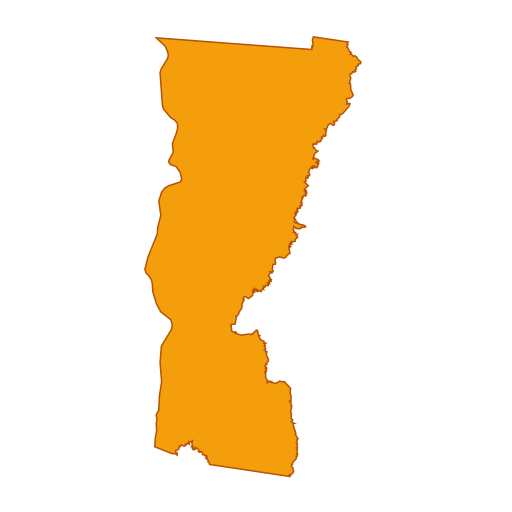 San Javier, Santa Fe, Argentina (Natural Earth projection), rotated 178°
{"feature_id": "61730980B70528593712709", "entity_name": "San Javier", "entity_type": "district", "adm_level": 2, "iso_a3": "ARG", "parent_name": "Argentina", "parent_adm1": "Santa Fe", "projection": "natural_earth1", "projection_center": [-60.274, -30.036], "detail": "fine", "context": "isolated", "style": "filled", "palette": "amber", "viewbox_px": 512, "rotation_deg": 178, "n_neighbors": 0, "source": "geoboundaries", "source_scale": "gbopen_adm2", "svg_char_len": 6075}
<svg xmlns="http://www.w3.org/2000/svg" viewBox="0 0 512 512"><g transform="rotate(178 256 256)"><path d="M230.2,34.5L230.4,35.0L229.3,35.3L230.3,36.1L227.0,37.4L225.9,39.7L226.7,43.3L227.9,44.8L227.7,46.1L226.6,46.7L226.8,48.1L222.9,52.0L222.8,53.8L221.7,54.6L221.5,55.6L222.2,56.2L221.4,56.7L221.9,57.3L221.4,61.5L222.2,62.3L221.6,62.3L221.2,64.4L222.2,66.7L221.3,67.0L222.1,67.8L221.3,69.5L221.5,71.3L220.3,71.9L223.0,76.4L222.4,76.9L223.4,81.4L224.5,82.6L224.1,83.3L224.9,87.5L223.7,87.5L226.5,89.1L225.0,90.8L226.5,92.5L226.1,97.2L226.9,99.1L225.6,103.9L225.8,105.2L226.6,104.8L225.7,105.7L226.3,108.2L227.3,108.7L226.3,109.4L227.0,109.9L226.1,110.0L225.8,113.6L226.7,119.4L225.9,122.3L232.3,129.7L232.9,129.1L236.7,130.1L240.2,128.1L244.4,128.8L244.5,130.0L246.1,129.4L246.4,130.5L247.8,130.2L247.7,129.4L248.2,130.3L249.1,129.0L249.2,131.6L250.7,135.1L250.3,138.0L251.0,138.8L250.0,140.0L250.9,140.1L249.6,141.3L250.3,142.6L249.3,143.0L249.9,144.0L250.3,143.5L250.4,143.8L249.5,144.3L250.8,145.3L250.4,146.6L249.0,147.2L249.7,148.1L247.5,150.2L247.1,152.3L249.1,156.6L248.5,160.0L249.9,160.0L249.9,161.9L250.6,161.9L249.5,162.7L250.3,163.7L249.9,165.4L250.8,165.6L250.1,166.5L250.4,167.9L249.5,168.4L251.1,168.6L250.5,169.3L251.0,170.4L254.6,172.3L255.6,175.6L255.0,176.3L256.3,176.6L257.1,181.6L258.3,181.9L258.1,181.1L260.1,180.5L261.5,178.3L262.5,178.8L263.3,177.5L265.7,178.3L273.5,177.4L279.4,179.4L278.5,180.4L278.9,181.0L280.6,180.6L282.8,181.7L283.4,188.4L279.3,188.7L277.9,194.4L278.2,196.6L277.0,196.7L275.1,199.0L275.2,200.2L272.3,204.1L271.6,206.9L272.0,208.1L269.3,212.7L270.5,213.6L269.2,215.6L268.1,215.9L265.1,213.7L260.8,216.6L260.8,218.3L259.5,219.6L260.3,220.5L258.7,220.1L259.1,221.4L260.2,221.3L259.8,222.6L259.6,222.0L258.4,222.8L257.7,221.9L257.5,222.7L257.1,221.7L256.7,222.7L255.6,222.0L255.8,221.0L254.7,221.3L254.9,222.0L254.5,221.2L254.7,220.8L253.6,221.3L252.1,220.2L250.7,222.8L249.5,222.3L250.0,223.9L248.5,224.5L249.2,225.4L247.9,225.2L247.4,226.4L244.9,225.8L244.5,226.7L245.4,228.5L243.4,227.9L244.1,229.8L242.2,230.0L243.6,231.2L242.9,231.8L241.8,231.1L241.4,232.0L242.9,233.1L243.1,234.8L244.3,235.8L242.5,238.9L241.5,238.6L242.4,239.9L240.0,239.3L239.3,240.0L240.2,242.3L239.4,246.8L240.2,247.0L236.9,247.1L236.6,249.1L237.3,250.2L236.6,253.1L232.5,254.3L228.2,252.9L225.6,254.1L225.3,255.5L221.9,257.6L223.0,263.0L221.9,263.5L222.6,264.3L221.3,264.4L222.4,265.3L220.8,266.3L221.7,266.8L220.9,267.3L222.3,267.2L220.9,267.7L220.0,267.2L220.6,268.5L219.7,269.4L219.2,268.7L216.2,269.4L216.6,270.4L215.8,271.6L213.7,273.2L214.8,274.2L213.7,276.2L215.7,276.1L215.5,278.1L217.8,278.4L217.0,279.9L217.8,281.1L217.1,284.3L214.8,281.9L213.9,282.4L212.0,281.5L210.0,282.2L209.8,283.3L206.0,283.0L205.4,283.9L207.0,285.1L212.1,286.4L214.1,288.7L214.3,287.6L216.6,288.4L215.2,290.7L216.6,291.6L215.9,292.2L216.6,293.3L214.4,295.9L215.3,296.6L214.3,297.2L215.0,297.6L213.4,298.3L214.1,298.9L212.6,299.2L213.5,300.9L212.3,301.5L212.9,302.1L210.5,302.5L211.0,303.4L210.1,302.7L210.2,304.0L209.4,303.1L210.0,304.2L209.2,304.7L209.8,305.3L208.7,304.7L208.0,305.6L209.0,307.0L208.2,307.6L209.1,308.0L207.5,311.9L208.0,312.5L207.2,312.7L207.7,313.4L205.6,314.9L204.5,314.2L203.8,314.9L204.5,315.4L203.2,316.6L203.2,317.9L204.3,317.5L203.9,318.6L204.8,318.2L203.6,318.8L203.8,319.9L204.9,319.0L205.6,320.2L203.9,322.5L201.2,324.4L205.1,328.4L203.4,329.0L203.5,332.9L201.7,331.9L201.1,333.1L201.8,334.4L199.7,334.5L199.5,336.1L200.8,337.7L199.9,338.7L199.7,340.5L198.4,342.0L195.9,341.4L195.6,342.2L197.1,343.2L196.2,344.1L194.3,344.0L194.9,342.7L192.2,342.0L191.0,343.5L191.5,344.5L190.0,346.1L190.4,347.3L192.7,347.0L192.2,348.1L191.6,348.4L191.3,347.6L190.6,349.0L189.7,348.9L190.6,350.2L194.4,351.9L195.8,349.9L195.3,350.7L195.8,351.3L193.7,356.3L190.5,358.7L192.0,359.1L194.0,362.2L194.8,362.1L195.3,364.8L194.7,366.2L193.9,365.5L192.2,366.3L192.7,366.9L191.7,366.3L191.7,365.7L191.2,366.0L190.9,368.1L190.2,368.5L189.6,367.8L187.4,368.3L187.6,369.0L185.9,370.7L186.3,372.3L185.4,372.0L184.1,374.3L183.2,373.2L182.0,374.0L182.1,377.9L181.2,378.5L182.7,380.5L181.3,380.0L179.2,384.6L176.9,386.0L174.5,383.9L173.5,384.1L172.7,386.1L174.0,387.7L170.2,388.4L170.2,389.6L167.7,392.1L167.3,394.5L166.3,394.3L164.0,395.7L158.1,402.0L156.7,404.8L157.5,405.4L160.0,404.6L159.4,407.2L160.3,409.1L159.7,410.4L157.2,410.1L154.0,412.0L153.2,413.6L155.4,418.8L155.6,424.9L156.7,425.5L155.0,430.6L156.2,433.1L155.3,434.7L154.0,434.7L153.2,436.7L151.0,436.3L150.8,437.4L150.0,437.4L150.6,438.3L149.1,439.4L149.6,441.5L147.0,442.8L147.3,444.1L144.8,444.6L144.5,446.5L146.9,448.4L148.8,451.7L150.4,452.7L151.7,452.1L153.8,454.5L154.7,454.3L153.8,456.2L155.5,457.2L156.9,460.9L158.0,461.9L156.8,463.7L157.6,464.4L156.4,466.6L191.0,473.0L192.1,469.8L191.5,465.0L192.8,464.1L192.0,463.2L193.0,462.6L193.0,460.4L348.1,477.5L339.4,468.8L337.2,463.3L336.6,459.2L338.0,455.6L344.1,446.5L345.5,442.6L344.3,410.6L343.4,406.2L336.3,397.1L332.5,394.7L329.9,391.2L329.9,386.3L331.1,382.1L335.6,371.3L335.1,362.4L339.6,354.9L339.9,352.8L338.4,350.5L332.7,348.1L329.0,342.4L327.6,335.8L328.9,332.7L340.9,329.3L345.0,326.9L348.2,322.9L351.2,314.3L349.7,299.8L353.2,288.0L353.9,281.5L363.9,259.0L367.5,246.6L366.5,242.8L363.9,240.2L361.4,236.0L360.6,232.0L360.4,223.9L357.1,211.5L353.1,203.5L343.2,195.1L342.1,189.7L343.2,185.3L353.7,169.3L355.6,152.9L354.7,133.7L357.3,120.1L358.6,105.3L361.3,100.7L360.7,95.6L361.6,92.2L361.3,85.2L362.9,78.3L363.9,68.9L346.8,61.4L343.7,61.3L341.7,59.8L341.7,61.8L342.8,61.8L343.2,64.1L339.9,65.7L339.3,68.5L338.8,68.0L337.3,69.7L334.3,68.4L333.2,69.1L333.1,70.3L332.4,69.6L330.9,71.5L329.3,70.2L329.5,73.0L327.9,72.4L325.9,73.5L326.7,71.1L326.2,69.1L327.2,67.8L326.1,67.7L326.5,66.4L325.5,64.5L324.2,64.7L324.6,65.5L324.5,66.0L324.3,65.4L323.1,66.3L322.9,65.4L321.5,66.0L319.3,62.9L320.2,62.6L319.0,61.7L317.4,62.5L316.2,60.7L316.4,59.4L314.3,58.9L313.9,58.0L312.6,58.4L311.9,57.2L313.2,56.1L312.4,56.0L312.5,54.9L311.7,55.0L310.9,53.4L311.3,52.1L310.2,51.8L309.7,49.3L230.2,34.5Z" fill="#f59e0b" stroke="#b45309" stroke-width="1.5"/></g></svg>